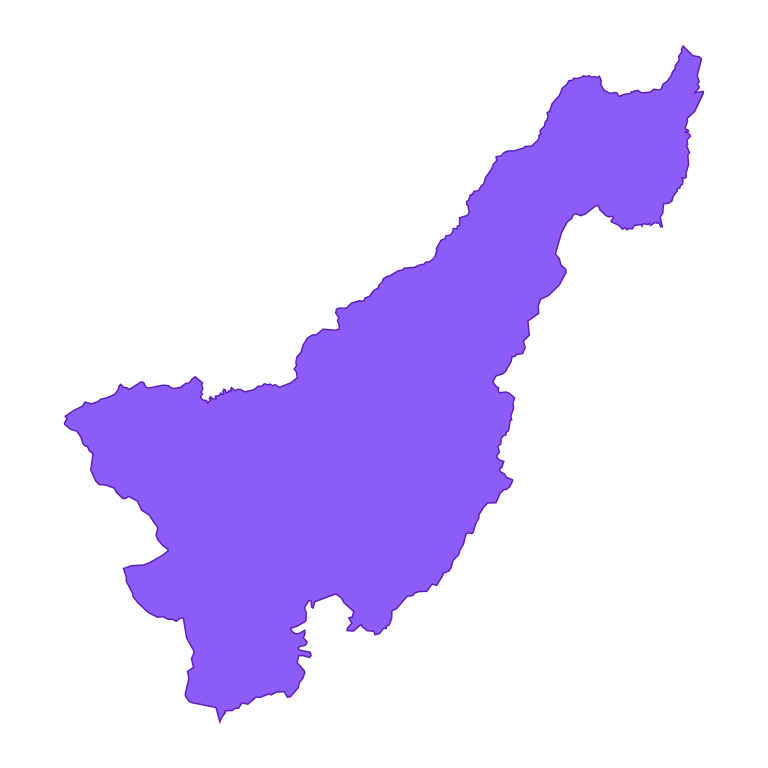 the district of Chat Trakan, Phitsanulok, Thailand
{"feature_id": "78962969B67438013372379", "entity_name": "Chat Trakan", "entity_type": "district", "adm_level": 2, "iso_a3": "THA", "parent_name": "Thailand", "parent_adm1": "Phitsanulok", "projection": "orthographic", "projection_center": [100.699, 17.422], "detail": "fine", "context": "isolated", "style": "filled", "palette": "violet", "viewbox_px": 768, "rotation_deg": 0, "n_neighbors": 0, "source": "geoboundaries", "source_scale": "gbopen_adm2", "svg_char_len": 6056}
<svg xmlns="http://www.w3.org/2000/svg" viewBox="0 0 768 768"><path d="M662.4,226.8L660.2,217.2L662.8,212.9L663.5,204.0L668.8,203.1L671.8,201.1L673.2,196.2L677.2,191.0L677.3,188.5L679.7,188.1L680.6,185.4L682.5,184.2L683.0,180.4L681.9,178.0L684.5,178.4L686.3,176.9L685.9,173.3L688.6,164.6L687.8,155.2L689.5,152.5L686.5,145.5L687.8,144.2L686.8,140.0L690.5,136.1L688.7,133.4L685.4,132.1L688.7,131.2L687.9,129.8L685.7,129.5L685.2,127.7L687.5,121.4L687.2,118.4L694.7,111.4L703.5,93.0L703.0,91.4L694.6,92.8L699.1,88.0L699.1,86.4L697.3,84.4L699.2,81.6L697.2,75.6L701.5,58.9L699.1,56.8L692.8,55.7L683.1,46.1L681.4,49.5L681.9,51.7L678.7,56.2L679.3,60.2L675.3,65.6L675.2,68.6L672.4,72.1L671.2,75.8L666.5,82.1L663.1,84.0L661.3,88.7L659.6,90.2L653.9,89.2L650.3,92.1L641.5,92.9L638.2,90.5L634.2,90.9L633.0,92.1L631.5,91.8L630.2,93.5L623.3,94.6L619.9,96.3L618.0,95.5L617.5,93.4L616.0,92.4L610.1,93.4L604.1,90.2L600.7,84.2L601.3,80.6L599.4,76.3L596.5,77.6L594.4,76.6L591.2,77.1L589.0,75.7L586.4,76.5L583.2,75.8L581.9,77.2L576.7,78.5L573.6,78.3L572.1,80.5L569.0,80.6L566.7,84.6L562.4,88.1L559.5,95.3L552.2,103.6L549.7,110.9L547.0,112.9L548.2,117.1L547.0,118.8L547.7,120.2L545.5,121.3L544.3,126.3L540.1,130.5L540.7,134.2L538.7,135.6L539.2,137.9L537.1,141.0L531.4,146.3L525.2,146.4L523.3,148.1L513.5,151.0L508.1,150.9L504.0,152.7L501.0,156.0L496.1,156.7L496.7,160.8L493.7,163.8L491.1,169.9L485.7,177.3L483.9,183.6L480.9,186.3L478.6,190.7L473.9,191.4L472.7,193.9L470.2,195.2L468.7,200.2L466.7,201.4L466.6,204.4L467.9,205.6L469.2,212.0L467.9,215.2L459.6,217.8L459.6,225.4L457.2,226.2L457.0,228.9L453.3,228.5L452.8,231.8L450.4,235.1L445.9,235.8L445.1,238.8L440.9,240.3L436.3,248.7L436.7,251.0L434.6,257.6L429.9,261.6L425.8,262.2L423.6,264.5L420.5,264.6L414.5,267.3L404.0,268.2L403.0,269.9L397.9,270.9L389.8,275.9L387.1,276.3L383.1,279.0L382.5,281.7L379.1,285.0L378.1,287.9L373.7,290.6L369.5,296.3L365.1,298.0L363.5,301.2L359.4,300.8L351.3,303.2L346.5,308.2L338.9,308.1L336.5,309.2L335.7,313.0L339.0,317.8L337.4,320.5L339.3,325.3L339.2,328.9L335.3,330.2L323.0,329.2L316.2,334.9L312.6,334.9L307.4,338.0L303.3,344.8L301.0,352.3L296.9,357.0L295.9,362.8L296.7,365.5L294.1,369.0L296.5,372.2L297.3,377.8L290.5,383.0L279.3,387.4L275.4,384.7L272.4,385.7L270.2,384.1L267.8,384.8L264.4,383.8L261.6,386.3L258.0,386.3L254.0,389.6L244.9,391.9L240.9,389.6L237.6,389.4L235.1,390.7L231.5,387.6L230.7,389.3L231.3,391.0L228.7,390.9L228.7,392.0L225.8,392.7L225.6,390.2L224.0,389.2L222.9,391.4L223.5,394.3L221.9,394.5L221.0,393.1L218.7,395.7L215.4,396.1L216.0,399.0L213.5,399.0L210.3,396.7L209.3,398.7L211.1,399.6L207.5,403.0L206.5,400.5L203.1,400.1L200.4,397.2L202.4,393.9L201.0,392.3L202.8,389.0L201.7,384.8L202.5,382.9L195.2,376.8L192.1,379.1L189.5,383.0L185.8,383.4L180.8,387.2L175.1,388.4L171.6,388.1L168.1,385.6L162.8,385.2L148.1,388.2L145.6,386.7L143.8,382.7L141.2,381.9L129.0,389.5L127.2,387.8L123.3,387.2L120.7,384.4L119.1,385.8L118.5,389.0L114.9,394.3L106.7,397.9L100.8,399.2L97.8,401.6L91.7,403.8L84.9,402.1L82.7,406.1L74.0,410.3L65.2,416.3L67.1,418.6L64.5,423.0L64.7,424.5L70.4,429.1L77.0,431.3L80.7,436.9L83.3,444.2L85.2,446.1L87.5,446.5L89.2,450.6L93.0,453.8L90.8,470.0L95.8,481.1L99.2,484.5L106.4,485.2L114.2,488.1L116.3,492.1L122.7,498.4L125.1,498.6L129.0,496.4L137.6,501.3L141.5,510.1L148.9,514.8L157.8,527.9L156.0,535.3L158.2,540.3L163.4,546.1L167.9,549.3L168.1,550.8L163.2,554.9L149.8,562.6L143.5,565.0L131.8,565.7L123.5,568.5L126.2,576.5L126.4,581.5L132.3,592.7L133.0,596.4L137.7,602.5L148.1,612.4L157.4,617.2L162.8,616.7L168.0,619.2L172.9,619.4L176.3,621.3L180.2,618.2L182.6,617.9L183.5,618.8L186.6,637.9L194.4,651.8L191.5,658.7L193.5,667.5L187.5,671.3L188.9,678.4L185.2,694.3L185.7,696.5L189.0,701.2L192.0,702.7L216.0,707.5L219.9,721.9L221.3,717.9L225.2,712.8L225.2,710.8L231.9,710.5L235.3,708.4L238.5,708.2L242.1,702.9L247.8,704.2L256.1,697.1L260.2,697.4L269.0,693.9L271.1,694.9L276.1,692.2L284.2,691.6L287.4,697.3L290.4,696.7L298.3,687.7L299.3,682.8L303.0,678.0L304.8,672.5L304.1,670.5L297.2,662.7L298.6,655.7L303.2,655.6L309.5,657.5L311.1,655.6L310.3,652.3L299.4,650.0L298.2,648.1L299.7,646.4L305.3,645.3L306.9,643.2L306.9,641.7L303.3,637.9L305.0,634.0L304.8,630.3L300.2,633.1L295.9,634.0L291.8,631.3L290.6,628.3L296.7,626.4L305.8,621.2L306.4,613.1L304.4,608.0L308.9,600.3L311.2,601.1L311.6,606.9L313.1,608.0L314.7,601.8L335.7,593.9L341.1,597.6L344.1,602.8L353.8,611.6L352.2,616.9L348.8,617.9L351.8,623.2L347.3,628.5L347.1,630.6L353.4,631.1L361.1,624.4L362.7,627.1L367.2,630.7L373.9,631.3L374.9,634.7L379.5,633.6L383.4,628.4L386.2,628.4L386.4,626.0L388.8,625.3L391.6,618.9L391.9,610.6L396.4,608.8L407.0,596.4L412.9,595.4L414.3,593.2L418.8,591.6L426.8,591.3L432.0,584.1L436.6,585.4L442.7,575.6L443.2,573.2L448.7,571.1L451.0,567.7L453.1,560.4L458.5,554.9L459.8,550.3L463.4,544.3L466.0,533.8L468.0,532.9L472.0,533.5L473.2,532.4L475.7,523.6L478.8,518.3L479.0,514.6L483.3,507.8L487.6,503.0L495.9,502.8L500.3,493.0L504.2,489.4L506.1,489.6L509.7,486.9L512.6,480.8L512.3,479.7L506.2,477.1L504.4,473.9L500.0,471.4L499.8,469.1L502.0,466.8L503.8,461.4L499.3,459.9L497.2,458.0L496.8,455.3L499.4,452.6L497.9,446.1L500.8,443.9L501.2,438.5L503.7,435.3L505.9,435.1L506.4,432.1L508.6,430.7L510.1,420.6L511.7,419.8L510.8,415.9L513.1,409.6L513.6,406.2L512.7,403.9L514.6,397.8L509.0,393.1L506.0,392.0L499.3,392.7L498.2,390.8L498.6,387.8L496.0,386.4L492.9,381.8L495.9,376.0L502.9,373.8L505.4,371.6L511.3,361.1L511.9,356.8L514.5,356.6L516.6,354.6L522.7,353.5L525.1,347.6L523.4,341.1L529.3,335.2L527.9,321.1L538.7,313.3L538.2,305.8L540.5,299.3L548.8,295.3L559.4,284.8L566.1,272.3L565.7,269.2L561.0,265.1L559.3,258.8L555.4,254.0L561.6,232.4L567.3,221.9L571.5,218.6L573.7,214.1L575.6,213.6L580.6,215.7L585.3,214.0L595.6,205.9L598.3,205.6L600.0,209.9L606.1,215.8L609.0,216.8L612.6,216.4L613.4,218.1L611.1,220.6L611.6,222.0L619.0,225.3L622.5,229.3L625.1,227.6L626.9,229.8L628.2,228.7L632.5,228.8L634.5,225.4L641.0,224.6L642.0,226.0L642.3,224.6L644.1,223.7L647.9,224.6L649.5,223.3L650.7,225.4L654.4,222.7L659.3,223.2L660.6,226.8L662.4,226.8Z" fill="#8b5cf6" stroke="#5b21b6" stroke-width="1.5"/></svg>